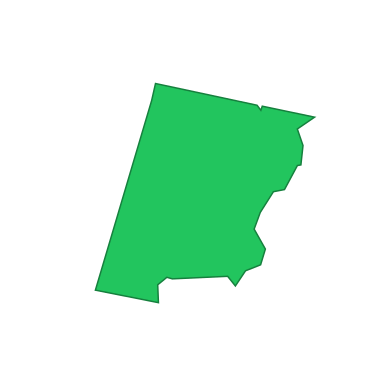 the district of Twiggs, Georgia, United States of America, rotated 222°
{"feature_id": "52423323B36481911498881", "entity_name": "Twiggs", "entity_type": "district", "adm_level": 2, "iso_a3": "USA", "parent_name": "United States of America", "parent_adm1": "Georgia", "projection": "robinson", "projection_center": [-83.494, 32.675], "detail": "fine", "context": "isolated", "style": "filled", "palette": "green", "viewbox_px": 384, "rotation_deg": 222, "n_neighbors": 0, "source": "geoboundaries", "source_scale": "gbopen_adm2", "svg_char_len": 464}
<svg xmlns="http://www.w3.org/2000/svg" viewBox="0 0 384 384"><g transform="rotate(222 192 192)"><path d="M142.9,87.3L155.4,100.1L153.6,111.8L148.5,114.3L109.1,153.2L96.9,151.2L99.5,169.3L92.3,183.8L99.3,198.7L121.0,206.0L127.6,222.5L131.7,246.7L124.9,255.7L131.4,282.2L129.2,285.0L140.6,300.8L155.9,309.3L151.0,329.6L197.2,302.8L195.5,298.8L201.7,300.0L291.7,248.2L283.2,233.0L198.1,54.4L142.9,87.3Z" fill="#22c55e" stroke="#15803d" stroke-width="1.5"/></g></svg>